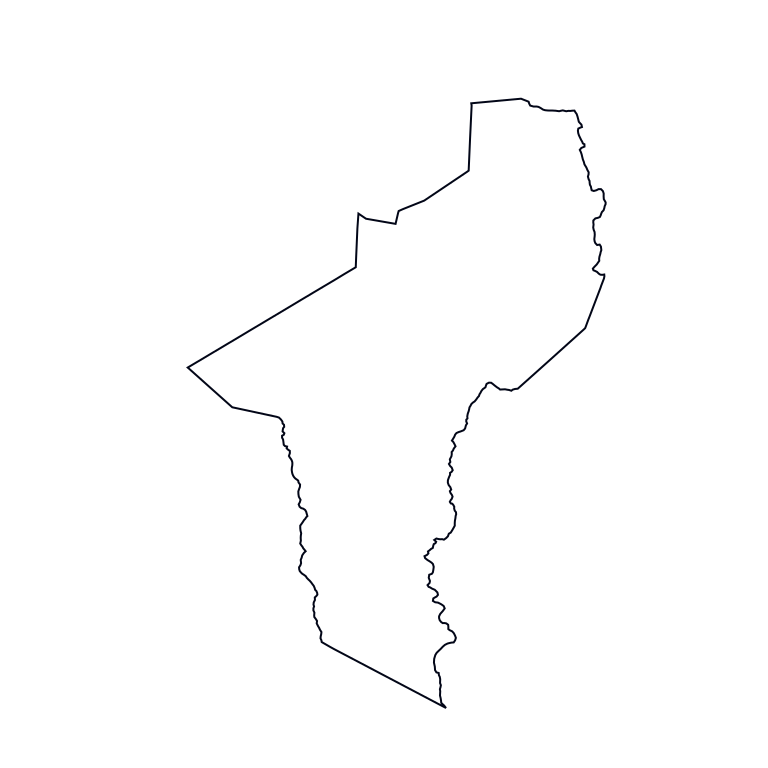 the district of Itaguaçu da Bahia, Bahia, Brazil, rotated 191°
{"feature_id": "56859067B27596324942544", "entity_name": "Itaguaçu da Bahia", "entity_type": "district", "adm_level": 2, "iso_a3": "BRA", "parent_name": "Brazil", "parent_adm1": "Bahia", "projection": "albers", "projection_center": [-42.3, -10.736], "detail": "fine", "context": "isolated", "style": "outline", "palette": "ink", "viewbox_px": 768, "rotation_deg": 191, "n_neighbors": 0, "source": "geoboundaries", "source_scale": "gbopen_adm2", "svg_char_len": 5889}
<svg xmlns="http://www.w3.org/2000/svg" viewBox="0 0 768 768"><g transform="rotate(191 384 384)"><path d="M441.6,546.4L439.8,531.6L435.6,503.6L434.0,493.2L444.0,484.3L451.8,477.2L461.0,469.0L470.3,460.7L481.6,450.6L511.8,423.5L526.8,410.1L529.0,408.1L579.8,362.7L528.5,332.2L483.1,331.3L480.7,331.0L478.4,329.5L476.6,327.8L476.0,325.9L474.4,324.9L473.8,322.9L474.6,321.4L474.6,319.8L474.5,318.1L472.4,316.7L472.7,315.0L474.2,313.8L473.8,311.8L472.5,310.3L471.7,308.0L470.8,305.2L469.4,304.2L467.2,304.1L467.3,302.3L465.8,301.3L463.7,300.4L463.2,298.2L463.6,295.2L462.4,293.8L461.0,292.6L460.0,291.4L459.1,289.8L458.7,288.1L458.5,286.4L458.5,284.4L458.2,282.0L457.4,279.7L456.7,278.2L455.7,276.7L454.5,275.4L453.0,274.3L451.2,273.5L449.8,272.8L449.1,271.0L447.2,269.3L446.9,266.9L447.3,264.7L447.6,262.2L447.0,259.6L446.1,257.1L445.0,255.8L443.8,254.4L444.1,251.7L444.8,249.6L443.4,247.4L441.6,246.4L439.4,246.2L437.4,245.3L436.1,243.9L435.0,241.7L434.0,239.7L434.9,238.4L435.6,236.6L436.5,235.2L437.5,232.7L438.4,230.7L439.2,229.0L438.7,226.5L438.0,224.2L436.8,221.6L436.7,219.1L436.4,217.0L435.7,214.3L435.8,211.4L434.3,209.8L433.0,208.7L431.9,207.3L430.4,206.1L429.0,204.9L430.4,202.9L431.6,200.1L431.7,197.8L432.2,195.4L431.7,193.9L431.2,192.3L431.5,190.0L432.4,187.9L431.9,186.0L431.0,184.3L429.4,183.0L428.0,182.1L426.4,181.5L424.1,180.4L422.8,179.0L421.0,177.7L419.5,176.8L417.7,175.4L415.9,173.7L414.5,172.5L413.2,170.6L412.3,168.8L411.0,168.0L409.8,166.3L409.2,164.5L410.0,162.9L411.2,161.3L410.6,158.8L411.3,156.2L411.1,154.0L410.2,152.3L410.5,150.4L410.1,148.3L408.7,146.3L408.4,143.6L407.9,141.9L406.2,140.4L404.5,138.6L404.4,136.2L402.5,133.7L401.2,132.3L400.0,130.6L398.1,128.6L397.9,126.5L398.0,124.4L397.8,122.2L396.6,120.6L395.9,118.8L387.2,115.8L382.6,114.3L267.3,79.6L261.3,77.8L263.6,79.8L265.4,80.9L267.0,82.0L267.6,84.1L268.5,86.5L269.6,88.9L269.9,91.1L270.2,93.2L270.9,95.1L270.7,97.1L270.7,99.2L271.9,101.1L272.5,104.9L273.4,107.2L274.5,108.6L275.2,110.8L277.5,110.9L279.3,112.9L280.2,116.3L281.8,120.0L282.3,123.8L281.9,127.8L281.0,130.2L279.5,132.4L277.7,134.9L276.2,137.3L274.5,139.5L272.2,141.3L270.8,142.0L268.5,143.0L266.3,143.6L265.3,145.9L265.0,148.5L266.2,150.5L267.9,152.7L269.9,154.2L272.6,154.9L274.1,155.7L274.5,158.0L275.1,159.9L277.2,160.9L278.9,160.9L280.7,160.5L282.4,161.2L284.2,162.7L285.3,164.8L285.6,166.5L284.9,169.1L283.0,172.3L281.6,175.3L283.0,177.4L284.6,178.2L286.4,178.9L289.3,179.7L292.1,179.5L294.6,180.4L294.7,182.9L293.3,184.2L291.8,185.4L290.8,187.3L291.8,189.6L294.9,191.7L297.8,192.3L299.8,193.1L301.5,193.4L302.9,194.9L301.3,197.4L301.3,199.4L302.3,201.0L303.1,202.3L303.2,205.4L300.8,206.8L300.1,208.4L300.1,210.8L300.3,214.0L301.6,216.6L303.2,217.7L305.5,218.7L307.7,219.5L310.4,220.9L311.4,222.7L309.1,224.5L308.1,226.2L308.9,228.0L307.6,229.4L306.3,231.1L304.8,232.4L304.8,234.6L304.6,236.3L303.1,237.6L302.7,239.1L304.9,240.5L303.1,242.3L300.9,242.2L299.3,242.3L297.2,242.8L295.5,242.6L293.6,244.6L292.2,246.7L291.8,249.4L290.1,250.9L289.0,253.8L288.2,256.2L287.5,258.4L288.0,260.9L288.3,263.3L288.3,265.9L288.5,268.2L288.3,269.9L288.9,271.9L290.4,273.2L291.4,275.2L291.6,276.9L292.8,278.4L294.1,279.5L295.6,279.5L296.9,280.9L296.4,282.6L295.6,284.1L295.2,286.5L296.2,288.1L298.0,289.8L298.9,291.4L297.9,293.2L299.2,295.4L301.2,297.1L302.5,299.3L302.9,301.7L302.6,303.8L302.3,305.5L301.8,307.4L302.2,309.4L300.9,310.6L300.1,312.5L301.6,314.9L303.4,316.1L305.0,317.9L304.0,320.1L305.0,322.6L304.0,325.9L304.1,328.1L304.6,330.1L303.6,331.9L303.2,333.9L301.9,336.5L303.4,338.5L304.9,340.3L306.5,341.4L305.7,343.5L304.9,345.7L304.5,347.9L303.5,349.7L301.5,351.1L299.8,352.0L298.4,352.9L297.0,353.8L295.9,355.8L295.7,359.1L294.9,361.1L296.1,362.9L296.4,364.7L295.5,366.1L296.1,368.2L296.1,370.9L295.7,373.5L295.6,375.4L295.6,377.4L294.9,379.2L294.4,381.0L293.2,382.7L291.7,384.2L290.5,386.4L289.5,388.7L288.5,390.3L288.3,392.1L287.6,393.8L287.1,395.6L286.0,397.8L283.8,400.1L283.6,402.1L283.3,403.7L281.3,405.3L279.1,405.7L277.4,404.9L275.2,403.7L272.4,402.3L270.3,401.5L269.0,400.7L267.0,401.2L264.2,401.9L261.9,401.9L260.1,402.0L257.7,401.7L256.6,403.0L254.5,404.1L251.8,404.9L229.7,434.0L198.4,475.5L197.2,477.2L196.9,478.8L195.7,486.2L195.3,488.3L194.9,490.5L189.8,519.9L189.6,521.6L188.2,529.6L188.2,531.8L188.7,533.5L190.6,532.8L192.5,532.6L194.2,533.3L196.3,534.7L198.5,535.3L200.1,535.6L201.0,537.1L199.8,539.2L198.0,541.9L197.0,544.2L196.2,546.0L196.7,547.9L196.8,550.0L196.5,553.0L196.5,554.8L196.2,556.9L196.7,558.5L197.3,560.3L198.9,562.0L201.3,561.1L203.4,562.6L204.4,564.1L205.2,566.3L205.4,569.1L205.6,570.8L206.3,573.4L207.6,575.4L208.5,577.6L208.7,580.5L209.4,582.6L209.7,584.5L208.1,586.9L205.8,587.9L204.0,589.1L203.5,590.8L203.3,592.5L202.9,594.4L201.6,596.4L201.3,598.8L201.3,600.7L200.8,602.8L201.1,604.6L202.2,605.9L203.5,607.4L204.2,610.1L204.7,612.9L205.9,615.1L208.2,616.7L210.6,616.2L212.5,614.7L214.9,613.5L217.1,613.8L218.0,615.8L218.6,617.3L219.9,618.9L220.5,620.7L221.0,622.6L222.1,623.9L223.4,626.5L223.2,628.8L223.5,630.9L225.1,632.8L226.7,635.2L227.9,636.5L229.1,637.8L230.3,640.3L231.6,642.3L233.0,645.3L233.8,647.1L235.0,649.2L236.5,651.2L235.3,653.4L232.5,655.3L233.0,657.6L234.7,658.1L235.7,659.7L236.9,661.0L238.7,663.4L240.1,665.3L241.2,667.3L242.0,669.7L242.0,671.8L240.1,673.2L238.7,674.0L239.7,676.3L241.3,677.4L242.8,678.6L243.9,681.0L245.1,683.5L246.4,685.8L247.9,687.2L249.2,688.7L251.1,688.3L253.2,687.6L255.1,687.3L257.2,686.5L260.7,686.7L262.4,686.0L264.1,685.2L265.7,685.1L267.7,685.0L270.6,684.6L273.7,684.0L275.8,683.7L278.1,683.5L280.2,683.7L282.9,684.8L285.2,685.5L287.1,685.5L290.1,684.9L293.6,685.2L295.0,687.0L295.9,688.7L299.0,689.3L301.3,689.7L303.9,690.2L351.9,676.2L351.1,674.0L346.4,641.7L341.6,609.6L342.7,608.4L344.1,607.0L379.5,571.7L398.9,559.2L402.6,556.6L402.8,554.5L403.2,543.4L433.2,542.8L441.6,546.4Z" fill="none" stroke="#020617" stroke-width="2"/></g></svg>